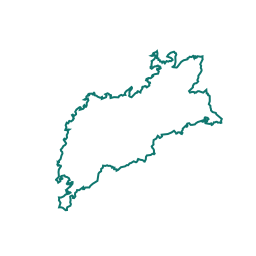 SVG path tracing the border of Tatarstan, rotated 324°
{"feature_id": "RUS-2394", "entity_name": "Tatarstan", "entity_type": "Republic", "adm_level": 1, "iso_a3": "RUS", "parent_name": "Russia", "parent_adm1": "", "projection": "robinson", "projection_center": [50.981, 55.323], "detail": "fine", "context": "isolated", "style": "outline", "palette": "teal", "viewbox_px": 256, "rotation_deg": 324, "n_neighbors": 0, "source": "natural_earth", "source_scale": "10m", "svg_char_len": 5807}
<svg xmlns="http://www.w3.org/2000/svg" viewBox="0 0 256 256"><g transform="rotate(324 128 128)"><path d="M212.8,105.9L216.2,107.3L216.6,107.4L217.2,106.6L219.1,106.9L219.7,106.6L221.2,108.0L223.2,107.9L223.5,108.4L222.9,109.0L222.6,110.5L224.2,109.6L224.8,109.7L224.9,110.6L224.4,111.2L225.1,111.4L226.4,110.8L228.7,113.1L230.4,113.8L229.3,115.2L228.8,116.3L223.9,118.9L223.7,120.7L222.2,122.1L222.0,123.6L221.2,124.9L219.4,125.8L215.6,127.1L214.5,128.7L212.3,130.0L212.1,131.6L209.8,132.0L208.4,131.3L207.0,131.2L205.1,132.2L204.4,133.3L199.1,134.0L199.0,135.8L201.1,136.5L202.5,137.6L202.6,138.9L203.5,138.8L204.0,139.4L205.8,139.2L207.0,139.9L209.6,143.6L213.8,143.2L212.0,146.2L212.7,146.8L212.7,147.7L212.3,147.9L212.1,148.6L212.9,149.8L212.8,150.3L209.9,154.4L207.4,156.2L207.7,158.5L206.7,159.9L206.3,161.3L205.5,162.6L205.8,164.8L207.9,167.4L207.5,168.9L209.2,175.8L207.5,176.9L206.6,178.6L205.9,178.4L205.4,177.4L203.8,176.4L203.6,175.3L203.0,174.8L201.4,174.5L200.8,173.9L198.8,174.8L197.5,174.8L197.4,174.4L197.9,173.1L196.3,172.6L193.5,169.7L193.5,169.2L194.1,168.8L195.9,169.1L196.6,168.3L198.4,168.1L198.4,166.6L196.7,164.7L196.1,164.8L195.3,165.6L196.0,166.5L195.6,167.1L192.2,167.0L191.9,166.5L193.1,166.4L193.2,165.9L187.9,164.2L185.7,164.1L184.2,164.4L181.6,163.1L180.5,162.3L180.3,160.1L178.6,159.3L177.7,159.7L177.4,161.2L176.5,161.6L176.1,161.4L176.4,160.4L176.1,160.1L171.9,160.7L171.3,161.6L168.6,162.7L169.1,164.0L168.0,164.5L167.5,163.8L167.2,162.0L166.7,161.4L165.9,160.9L164.7,161.2L163.7,160.9L163.9,159.5L163.6,157.3L160.6,157.2L156.7,156.3L151.3,153.2L150.6,154.8L148.2,154.9L147.7,154.6L147.8,152.7L147.5,151.8L144.6,153.2L141.7,152.8L139.9,154.7L138.9,156.4L136.4,156.8L136.0,158.4L136.3,159.3L136.0,161.1L134.7,163.0L134.5,164.4L133.6,164.5L133.2,163.6L132.6,163.2L130.5,163.2L127.2,161.3L125.6,161.9L124.0,163.8L121.8,165.0L121.4,164.7L121.5,163.8L120.6,162.2L119.4,161.1L118.0,159.0L117.4,159.2L116.8,160.0L114.8,160.6L114.3,160.4L113.0,158.3L109.9,158.1L108.5,157.6L106.2,158.2L105.2,157.3L103.1,157.3L99.2,155.6L95.4,156.1L93.7,155.8L94.4,154.7L92.6,153.2L93.7,152.1L91.9,150.8L92.6,150.2L91.8,149.3L91.3,148.0L89.7,147.0L89.2,145.9L87.4,145.4L85.7,143.8L84.3,145.3L82.3,145.3L80.8,147.2L78.6,147.1L77.3,147.6L72.2,152.8L66.7,152.4L63.5,152.7L61.8,153.4L58.4,151.0L56.6,151.7L55.8,151.1L56.9,149.5L51.9,149.6L50.3,148.3L49.0,149.4L47.2,149.4L46.1,150.5L45.2,152.4L43.1,153.0L42.3,152.2L43.4,150.9L43.2,149.9L42.4,149.5L40.9,149.5L39.2,152.6L37.5,154.2L37.1,156.0L35.7,157.0L32.3,156.4L31.3,157.1L30.4,158.5L29.2,157.8L28.3,154.2L27.2,152.8L25.6,151.7L29.4,148.9L29.7,145.8L30.7,144.9L31.3,143.6L32.9,144.9L35.8,145.5L38.4,145.1L40.6,146.0L40.3,144.8L40.9,143.1L42.1,146.3L43.5,146.5L43.5,146.1L42.4,145.1L41.7,142.2L41.8,141.8L46.4,141.3L48.0,140.6L49.0,138.7L47.9,138.6L47.8,137.8L47.2,137.7L46.8,137.9L46.6,138.4L45.8,137.8L45.7,137.2L49.0,135.6L50.2,135.8L50.7,133.9L49.9,131.9L48.6,130.4L48.7,129.0L46.1,127.8L45.3,127.8L44.6,128.9L45.4,130.1L45.1,130.5L44.4,130.4L43.0,129.2L42.6,129.4L42.6,130.5L42.0,131.3L39.4,131.2L39.9,129.1L39.3,127.8L39.4,127.5L43.5,126.8L45.9,122.8L47.7,120.9L51.2,119.6L51.5,119.0L50.6,118.1L50.4,117.3L49.3,117.4L49.3,116.1L50.5,115.3L51.2,114.1L51.6,114.9L52.1,115.1L52.9,113.9L55.2,113.5L58.1,111.1L59.9,110.2L60.7,108.7L60.4,107.2L60.9,106.0L63.2,105.5L65.1,104.6L67.3,104.8L68.8,104.2L69.0,103.7L69.0,99.9L69.2,99.6L70.2,99.3L70.4,100.1L70.9,100.5L73.0,99.9L74.3,97.7L76.7,96.5L77.9,94.7L79.5,94.7L78.3,93.7L76.9,93.6L76.1,92.7L78.6,91.2L79.2,89.1L81.5,87.7L82.1,89.0L83.2,88.8L83.9,87.9L84.7,87.8L85.8,89.2L88.1,89.2L88.6,88.6L89.6,88.6L89.9,88.3L90.3,84.6L91.2,84.7L91.2,86.0L91.6,86.5L94.0,86.4L94.7,85.4L94.8,83.9L97.1,82.8L101.0,82.7L101.7,83.2L101.7,83.9L99.9,85.0L102.9,86.1L103.8,86.0L104.5,85.4L104.8,84.2L106.2,83.8L106.3,84.5L105.7,85.6L106.6,86.2L107.9,85.4L109.4,83.4L112.2,82.3L112.8,80.6L109.9,80.0L109.3,79.3L111.8,79.5L112.8,78.1L114.2,78.0L114.8,78.5L115.8,78.7L116.5,78.2L116.1,77.4L116.6,77.4L118.9,78.9L119.3,80.4L119.9,80.5L120.5,79.6L121.2,79.5L121.3,80.2L120.3,82.0L121.6,83.5L121.7,84.6L123.0,86.8L123.7,87.5L125.3,87.6L125.1,88.2L124.1,89.1L128.3,90.2L129.8,89.1L129.4,87.4L131.8,87.9L132.5,89.1L132.3,89.9L133.5,91.4L133.2,92.0L132.1,92.3L131.5,93.5L134.8,94.8L138.3,97.6L139.7,96.9L141.8,97.2L142.2,97.4L142.7,98.7L144.4,98.9L145.3,99.7L145.9,98.0L147.0,97.5L148.8,97.1L150.8,97.3L154.9,96.9L155.0,97.5L154.3,98.4L150.7,99.4L150.2,99.8L149.0,101.7L147.8,102.6L148.0,103.8L149.0,105.2L154.6,104.2L156.2,104.8L156.9,104.0L157.6,104.0L158.9,106.6L160.3,105.4L162.9,104.5L163.4,103.4L164.0,103.2L164.9,103.8L166.5,104.1L167.1,105.0L166.8,105.7L167.0,106.2L170.2,106.2L171.1,104.7L172.3,104.6L172.5,104.2L171.4,102.8L171.2,101.6L171.4,101.1L172.3,100.6L172.4,100.0L171.2,100.5L170.7,100.0L171.8,99.2L174.3,99.8L175.3,100.9L176.2,101.1L178.8,100.9L178.9,100.6L178.3,99.9L179.0,99.6L181.3,100.2L184.3,101.7L186.2,100.3L185.8,97.8L186.1,97.4L186.5,97.2L186.8,97.9L188.1,98.8L189.5,98.9L189.9,97.9L188.9,97.4L189.7,96.6L188.7,95.6L188.8,95.0L186.8,94.5L185.6,93.8L182.0,94.0L181.5,92.8L182.2,91.8L183.6,91.8L183.9,90.9L186.4,88.4L186.4,87.8L189.6,87.8L191.5,87.0L192.9,85.5L192.6,85.0L189.7,83.8L189.2,83.1L191.9,83.7L192.5,83.3L192.2,82.5L192.6,82.3L195.5,83.1L196.6,82.9L195.8,84.8L192.5,88.6L193.5,89.6L192.6,90.9L193.6,91.8L193.0,93.1L194.3,94.2L194.1,95.2L195.5,94.8L196.1,95.3L196.2,95.9L195.6,97.0L195.7,97.4L198.5,96.5L199.6,98.0L201.1,98.2L202.0,99.2L204.1,99.2L204.3,98.6L204.0,96.6L201.7,93.2L203.5,92.4L206.6,92.2L209.8,93.2L210.2,93.5L210.0,94.9L210.7,95.7L210.2,97.0L208.2,98.1L205.3,102.5L202.7,104.7L200.0,104.8L200.2,105.3L202.9,107.7L203.5,107.7L209.9,105.8L212.8,105.9ZM48.9,140.9L50.3,140.5L51.4,139.2L51.0,138.8L50.6,139.0L48.9,140.9Z" fill="none" stroke="#0f766e" stroke-width="2"/></g></svg>